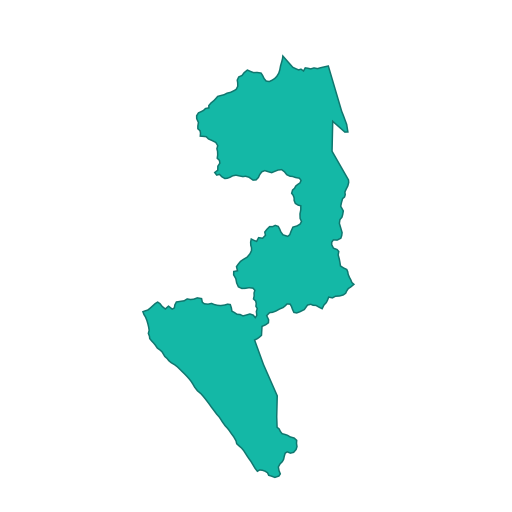 Mata de São João, Bahia, Brazil, rotated 109°
{"feature_id": "56859067B13319482102872", "entity_name": "Mata de São João", "entity_type": "district", "adm_level": 2, "iso_a3": "BRA", "parent_name": "Brazil", "parent_adm1": "Bahia", "projection": "mercator", "projection_center": [-38.132, -12.491], "detail": "fine", "context": "isolated", "style": "filled", "palette": "teal", "viewbox_px": 512, "rotation_deg": 109, "n_neighbors": 0, "source": "geoboundaries", "source_scale": "gbopen_adm2", "svg_char_len": 4873}
<svg xmlns="http://www.w3.org/2000/svg" viewBox="0 0 512 512"><g transform="rotate(109 256 256)"><path d="M345.5,344.8L347.9,342.8L349.6,340.7L352.3,338.3L355.4,336.1L358.1,334.4L361.1,332.8L364.2,332.6L366.6,330.6L368.7,329.6L370.3,327.0L371.6,324.5L372.9,322.4L375.2,319.3L376.2,315.9L377.3,313.5L379.1,311.4L380.7,309.5L381.8,306.8L383.4,304.3L384.5,301.4L385.3,297.5L386.4,294.2L387.8,291.3L389.3,288.2L390.7,285.2L392.5,281.7L394.1,278.9L395.4,276.9L397.4,274.3L400.0,271.3L402.5,267.5L404.2,263.1L405.8,260.3L407.8,257.1L409.8,254.1L411.5,251.6L413.4,249.0L415.6,245.7L418.4,241.6L420.1,238.5L422.0,236.0L423.7,233.9L426.5,230.0L428.1,227.0L429.7,224.5L431.8,221.7L434.2,218.2L437.3,214.7L439.8,213.1L441.0,210.4L442.3,207.1L444.0,204.3L446.3,201.4L448.3,198.9L450.0,196.6L451.8,194.0L455.0,190.2L457.1,187.7L459.1,184.6L457.1,182.9L456.5,180.1L456.5,177.4L457.2,174.5L459.2,172.6L459.1,169.7L459.2,166.1L456.6,162.7L454.1,162.1L451.4,164.4L448.2,166.2L444.8,165.6L441.9,164.2L439.3,163.7L435.8,164.1L432.9,164.2L431.0,162.7L431.2,159.3L429.4,156.5L425.9,155.1L422.9,155.2L420.0,156.7L417.1,157.5L415.7,160.6L415.9,164.9L415.3,167.8L415.3,170.5L415.5,173.5L414.0,175.8L412.0,177.8L411.1,180.3L401.2,184.1L381.3,190.4L356.2,213.6L335.9,230.0L333.7,227.8L331.7,226.4L329.2,225.0L320.6,227.4L317.9,224.5L315.1,222.5L312.2,223.3L308.9,226.5L305.1,224.7L303.9,222.1L301.5,219.2L298.4,216.4L295.9,213.6L293.5,212.1L291.2,211.0L290.4,208.0L292.2,206.0L294.5,204.2L297.0,201.8L296.6,199.0L294.5,196.4L290.9,192.9L285.6,191.3L283.8,188.5L284.0,186.0L283.2,183.2L283.9,179.5L284.3,176.3L280.3,175.8L277.2,174.4L274.4,174.0L271.2,173.9L270.7,170.1L268.2,167.8L266.6,164.0L264.4,160.8L262.0,159.1L259.7,158.9L256.7,158.1L254.4,156.3L250.9,154.2L249.9,156.7L247.6,158.7L245.8,160.7L243.3,162.9L241.1,164.1L239.2,165.8L238.8,169.3L237.9,172.9L234.7,174.6L231.7,176.3L228.2,178.7L224.8,179.2L223.5,181.5L223.4,185.3L220.7,188.1L218.3,188.9L215.6,188.1L214.5,184.4L211.6,181.6L208.8,181.6L205.9,182.2L202.2,184.8L198.0,187.8L194.3,188.5L191.4,187.4L188.8,187.5L185.0,188.1L181.4,192.1L177.4,192.6L173.5,192.8L171.4,191.5L169.0,191.6L166.5,192.8L163.4,192.5L159.8,192.0L156.3,192.3L154.0,193.3L132.2,218.2L103.7,227.3L109.9,212.3L108.8,209.5L102.1,213.1L94.4,219.4L91.3,222.1L52.8,249.5L55.2,253.4L57.2,256.6L58.8,258.8L59.3,262.4L61.3,265.2L61.6,268.1L62.1,270.7L65.6,271.3L64.7,274.3L66.2,276.3L66.0,279.1L65.6,282.7L58.2,295.7L60.6,295.2L63.7,294.9L68.1,294.7L72.1,294.1L75.7,294.0L79.3,294.8L82.1,296.1L84.4,297.9L86.7,300.2L87.3,303.3L85.6,306.1L83.1,308.6L81.4,310.8L82.1,314.7L83.4,318.0L83.3,321.1L83.0,324.7L86.5,326.9L89.9,328.0L92.3,330.6L95.8,331.0L98.2,329.7L101.5,328.5L104.9,329.0L106.8,330.6L109.6,333.4L111.4,336.3L113.9,338.7L116.0,341.9L117.6,344.2L120.1,345.2L122.6,346.3L125.8,348.3L129.1,349.6L131.3,348.8L133.0,351.8L135.4,353.0L137.4,354.9L139.4,357.0L142.7,357.8L145.4,356.8L148.5,353.9L152.0,353.3L154.6,352.4L155.7,349.8L157.8,348.5L160.8,347.7L160.1,345.0L159.4,341.9L160.8,339.0L161.1,335.4L161.7,331.0L164.1,328.1L167.3,327.9L169.6,326.4L173.0,325.1L176.2,324.5L177.5,321.7L180.0,320.4L183.5,321.3L187.3,320.1L190.5,322.2L192.3,319.5L190.7,317.1L192.2,314.1L192.9,310.7L191.8,308.4L190.1,306.3L187.8,304.2L186.1,301.3L185.7,298.0L185.2,294.2L184.0,291.9L183.8,288.4L185.2,283.5L184.0,280.7L181.0,279.3L177.8,279.0L174.5,277.9L172.4,275.5L172.3,271.7L172.1,268.3L169.9,265.9L167.5,263.1L166.0,259.9L167.1,256.5L169.1,253.4L169.5,249.8L168.9,247.4L168.9,244.1L168.3,240.3L169.9,238.0L172.6,238.2L174.7,239.8L176.9,241.2L179.5,241.6L181.7,242.9L185.1,242.7L186.5,240.6L188.6,238.9L191.1,238.0L193.5,235.9L194.2,232.6L193.9,230.0L197.7,228.7L201.9,228.1L206.1,226.5L208.6,224.2L211.5,224.7L214.2,227.0L216.7,230.5L221.1,230.9L224.9,231.0L227.1,232.4L227.2,237.4L225.1,240.4L223.0,242.2L220.8,244.6L220.8,247.8L222.8,249.8L223.8,252.7L227.3,254.4L230.5,255.5L233.4,253.8L237.1,255.6L237.8,259.5L242.0,260.2L241.9,263.3L241.5,266.0L244.6,265.6L247.6,264.4L249.7,262.9L252.4,262.0L255.8,262.4L260.0,264.0L263.4,266.9L266.1,268.9L269.4,270.1L272.4,271.0L276.0,268.7L277.9,272.0L281.1,271.0L284.0,267.7L287.8,265.5L290.9,262.6L291.3,258.9L290.2,255.9L288.2,252.2L287.4,248.4L288.8,245.9L291.6,245.8L294.5,244.7L297.4,244.4L298.7,241.6L300.9,240.3L303.6,239.7L305.3,237.7L308.3,237.6L311.9,235.9L314.5,236.6L312.8,239.4L312.8,242.9L315.1,246.1L316.9,248.8L316.5,252.0L317.3,255.0L316.5,257.9L316.0,260.8L313.1,262.4L310.3,264.5L310.8,267.2L312.6,269.7L314.4,273.3L315.2,276.5L315.5,279.8L315.3,282.6L317.2,285.7L318.0,289.3L317.2,291.7L314.0,293.6L314.7,297.9L317.1,300.8L318.5,303.8L319.0,307.1L321.7,309.3L323.8,313.3L325.4,316.3L328.6,316.8L331.6,316.3L333.5,317.9L331.9,322.4L335.6,324.5L334.2,328.4L332.3,331.3L331.6,334.0L333.8,335.8L336.7,337.4L339.6,339.0L342.3,340.7L344.0,343.0L345.5,344.8Z" fill="#14b8a6" stroke="#0f766e" stroke-width="1.5"/></g></svg>